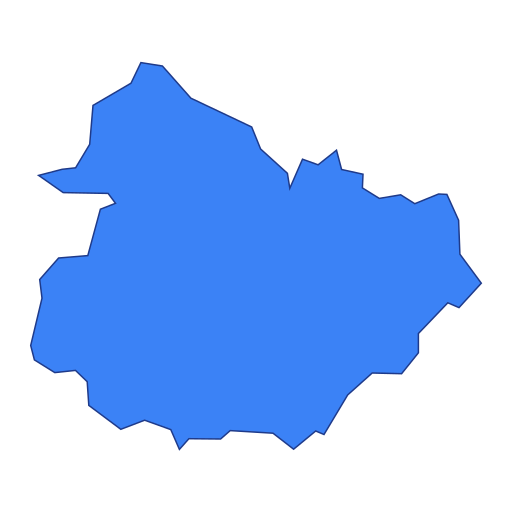 Elliott, Kentucky, United States of America (Robinson projection)
{"feature_id": "52423323B57528187825252", "entity_name": "Elliott", "entity_type": "district", "adm_level": 2, "iso_a3": "USA", "parent_name": "United States of America", "parent_adm1": "Kentucky", "projection": "robinson", "projection_center": [-83.1, 38.132], "detail": "fine", "context": "isolated", "style": "filled", "palette": "blue", "viewbox_px": 512, "rotation_deg": 0, "n_neighbors": 0, "source": "geoboundaries", "source_scale": "gbopen_adm2", "svg_char_len": 831}
<svg xmlns="http://www.w3.org/2000/svg" viewBox="0 0 512 512"><path d="M39.7,279.5L42.0,298.2L30.7,345.5L34.4,359.9L54.8,372.6L75.5,370.4L87.2,381.7L88.8,405.4L120.8,429.3L144.6,420.2L170.8,429.6L179.4,449.4L188.9,438.7L220.6,439.0L230.2,430.6L273.0,433.2L293.6,449.2L315.7,431.0L324.0,434.5L347.7,394.9L372.2,373.0L401.6,373.7L418.4,352.8L418.4,333.5L447.8,302.8L459.0,307.6L481.3,283.2L459.9,254.2L458.6,220.3L446.9,194.4L438.6,194.0L414.8,203.7L400.7,194.8L379.3,198.4L362.4,187.9L363.0,174.2L341.6,169.5L336.5,150.2L318.1,164.8L302.5,159.2L289.8,188.3L287.4,173.3L260.6,149.0L251.7,127.0L190.9,98.2L162.4,66.0L140.9,62.6L131.0,83.2L93.0,105.4L89.7,144.3L75.6,167.8L62.1,169.3L38.6,175.4L63.2,192.6L108.1,193.4L115.5,203.3L100.4,209.2L87.8,255.6L58.6,258.0L39.7,279.5Z" fill="#3b82f6" stroke="#1e3a8a" stroke-width="1.5"/></svg>